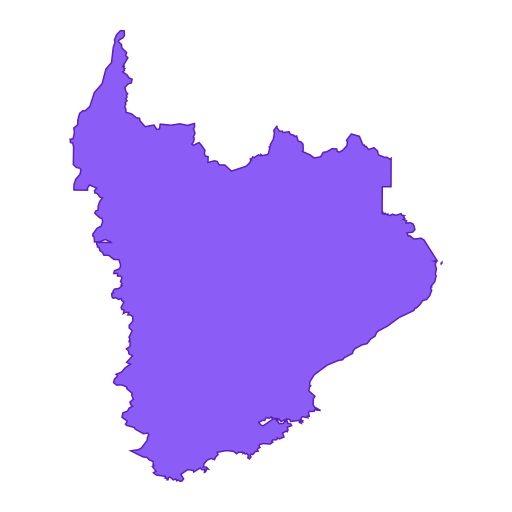 Clutha District, Otago, New Zealand
{"feature_id": "76426892B1616776897166", "entity_name": "Clutha District", "entity_type": "district", "adm_level": 2, "iso_a3": "NZL", "parent_name": "New Zealand", "parent_adm1": "Otago", "projection": "robinson", "projection_center": [169.665, -46.039], "detail": "fine", "context": "isolated", "style": "filled", "palette": "violet", "viewbox_px": 512, "rotation_deg": 0, "n_neighbors": 0, "source": "geoboundaries", "source_scale": "gbopen_adm2", "svg_char_len": 6046}
<svg xmlns="http://www.w3.org/2000/svg" viewBox="0 0 512 512"><path d="M124.2,30.8L120.4,30.7L116.6,34.7L114.5,39.9L115.0,42.5L113.3,47.1L111.5,62.6L105.9,69.1L102.1,83.7L94.3,92.6L89.9,106.4L85.4,110.7L82.8,110.7L79.6,113.4L77.8,120.1L77.8,124.7L73.8,128.0L74.4,132.7L73.1,138.7L70.1,139.3L70.5,142.5L72.8,143.2L73.6,147.2L73.3,164.6L76.4,167.5L79.5,168.1L81.0,169.5L80.0,174.4L75.9,179.0L74.0,184.2L73.9,190.0L87.6,190.2L87.4,188.2L89.5,185.0L96.7,188.0L94.5,190.6L94.9,192.9L97.3,193.6L100.1,197.2L102.4,197.9L99.7,201.5L98.2,206.0L98.1,210.0L95.6,211.1L94.7,213.1L99.8,217.9L101.9,218.3L102.7,221.8L101.1,226.1L97.0,228.3L92.9,234.0L92.7,235.8L94.1,237.0L94.5,242.0L99.4,241.8L105.3,239.5L110.8,242.0L111.2,242.5L96.7,242.4L96.7,244.5L97.7,245.6L97.3,246.8L99.4,248.0L99.7,250.5L102.3,252.3L103.9,255.2L108.7,255.3L113.8,259.4L119.0,259.7L120.5,264.7L120.4,267.1L119.0,269.0L114.4,270.7L113.7,273.5L117.6,273.5L117.5,276.1L120.5,276.1L122.1,277.4L120.5,281.5L121.8,283.4L121.1,285.0L122.1,285.4L119.2,288.3L114.3,289.2L112.9,291.6L113.5,292.8L111.7,293.5L112.0,296.9L113.1,298.2L116.2,297.7L118.4,299.5L121.4,298.6L121.8,300.6L123.9,301.9L121.1,307.4L121.8,309.5L124.3,310.1L123.3,313.5L125.7,312.2L129.0,312.5L127.8,314.9L130.1,314.9L132.8,316.7L132.7,321.3L129.2,325.3L129.2,328.0L132.2,330.7L129.0,337.2L129.8,338.7L129.1,341.6L130.1,341.4L130.0,346.6L126.4,348.8L128.5,350.9L128.9,353.8L132.5,355.8L126.6,362.4L130.6,364.1L125.4,367.6L121.4,372.2L116.0,374.3L117.3,375.2L117.2,376.4L114.5,379.1L113.5,382.5L116.6,385.1L121.7,384.9L125.9,386.6L127.0,387.4L126.8,388.7L132.2,393.3L131.7,394.9L133.3,399.2L129.9,402.1L130.7,404.6L132.6,406.3L129.2,408.0L127.5,411.1L122.9,412.8L122.0,417.3L126.9,420.9L127.1,422.1L125.4,424.1L126.8,425.5L134.2,427.4L135.2,429.1L143.5,433.7L147.6,433.1L148.9,434.8L147.4,437.4L147.1,440.5L141.3,448.1L138.4,449.7L130.8,450.8L142.8,456.8L147.3,457.6L149.1,459.8L153.2,461.6L153.1,464.6L154.0,465.4L152.3,466.4L156.0,471.2L153.4,472.8L156.5,475.1L165.3,476.3L165.9,477.7L165.2,478.0L167.6,479.0L167.2,479.8L168.0,479.8L168.6,477.5L170.3,477.2L173.2,479.9L175.8,479.0L176.7,480.8L177.8,479.9L180.0,481.3L182.0,481.0L183.6,478.8L180.8,474.4L187.8,469.6L193.1,470.4L193.7,472.0L200.2,468.0L201.8,469.6L204.8,469.9L204.4,472.3L205.6,471.8L206.7,468.9L208.3,469.1L206.3,467.1L203.4,467.0L204.0,463.8L207.2,460.1L211.0,458.5L210.4,458.2L214.5,459.7L215.7,456.9L218.0,454.8L217.2,452.3L226.4,450.6L233.5,451.3L236.5,453.7L238.7,452.2L242.9,452.3L243.0,453.5L244.1,452.7L245.1,454.0L247.0,453.6L248.4,455.6L247.8,457.8L249.5,458.9L251.0,456.9L250.3,456.0L250.7,454.1L252.9,454.5L255.3,451.5L258.1,451.2L257.4,449.8L258.1,448.3L260.0,447.5L258.9,446.0L259.6,444.5L263.1,443.6L270.3,444.0L272.8,442.1L271.7,441.3L272.6,440.0L276.8,439.7L277.3,437.9L279.5,438.9L284.0,437.0L282.5,433.1L286.2,431.1L287.3,431.7L288.0,429.8L287.3,427.1L291.6,425.7L290.9,424.1L287.8,423.2L286.9,420.6L286.1,421.5L286.0,421.2L286.4,419.8L286.3,419.4L283.2,423.5L279.5,423.7L277.0,420.9L277.9,420.9L277.8,419.9L273.6,418.6L263.3,425.7L261.2,425.3L258.7,422.3L262.7,420.3L264.7,420.5L266.1,417.6L269.4,418.3L270.8,416.9L271.8,417.1L271.8,418.1L278.7,418.7L280.9,421.5L286.8,419.0L289.9,419.5L290.5,421.5L299.1,420.4L299.8,421.2L299.4,422.5L300.8,423.0L299.9,421.9L302.2,422.0L301.6,421.4L302.8,420.8L300.5,419.6L302.3,416.6L307.9,417.8L307.3,416.2L309.3,416.2L308.5,412.7L309.2,411.5L314.1,411.3L315.3,409.0L316.3,410.0L320.6,410.5L314.5,407.0L313.1,404.8L313.4,398.8L314.9,396.3L308.9,390.9L309.3,387.4L310.7,385.8L309.7,385.2L309.8,381.8L314.3,374.7L327.2,365.1L338.2,360.5L342.5,359.8L344.4,357.6L352.4,353.5L353.3,350.6L355.4,348.4L362.1,344.8L367.2,343.6L370.6,339.0L375.2,336.0L376.4,332.8L378.4,330.9L387.6,326.0L398.9,317.6L413.8,310.5L415.1,308.1L416.2,308.1L420.1,304.4L422.6,300.6L426.5,299.5L429.6,295.9L431.7,290.3L430.8,289.0L430.8,287.3L431.7,286.9L431.0,286.3L434.7,281.8L436.2,275.9L435.3,273.7L436.5,268.8L435.2,264.9L436.0,262.2L433.8,261.2L437.2,260.9L424.0,240.0L421.0,238.2L414.0,239.1L409.7,235.6L408.2,236.0L407.0,233.0L412.7,232.1L414.9,229.7L414.2,226.4L413.1,224.0L410.4,222.7L406.0,223.1L406.6,220.8L403.3,219.3L404.8,218.6L403.5,216.4L404.4,215.7L401.8,215.2L401.1,213.7L395.7,215.3L392.4,214.2L390.1,215.5L387.6,214.8L387.8,214.1L384.7,214.2L385.0,213.4L382.6,213.8L381.9,212.7L382.9,212.1L382.1,210.9L382.3,186.7L391.0,186.7L391.1,158.2L389.7,159.1L386.5,157.1L384.9,157.5L379.0,155.1L377.9,153.7L377.6,151.1L374.0,147.7L368.5,149.5L366.2,146.4L365.0,146.7L364.4,145.1L363.0,145.1L359.4,136.3L351.3,134.0L346.5,140.3L347.5,141.8L346.8,145.9L342.6,150.4L339.1,152.2L336.9,150.8L336.8,149.0L332.3,148.6L326.8,151.8L323.3,152.3L320.5,156.9L314.1,157.9L310.4,155.0L302.5,151.5L303.2,150.2L303.0,144.1L300.9,141.8L298.1,141.1L296.7,136.0L294.5,136.5L294.1,135.4L290.1,134.1L289.1,131.7L283.0,132.6L282.4,131.1L279.6,131.3L276.8,127.6L277.2,125.8L273.7,130.5L274.4,133.3L273.2,139.6L270.3,144.6L270.6,145.7L269.2,147.0L269.8,147.5L268.5,153.3L267.3,154.6L262.2,155.6L260.9,154.4L260.7,155.7L258.3,154.9L254.2,157.6L252.8,156.9L252.5,158.0L250.3,159.0L251.3,160.1L250.5,160.3L250.2,162.1L246.3,166.2L231.4,171.1L224.8,165.0L219.2,164.9L217.1,161.4L214.2,160.8L208.0,162.5L208.1,156.6L205.2,156.0L204.4,153.6L204.9,150.2L201.2,144.9L199.0,142.5L193.6,145.2L191.9,144.2L193.7,141.4L194.2,138.1L193.3,137.2L195.0,133.4L193.6,128.9L194.6,126.8L194.5,123.5L187.3,125.4L179.9,123.8L171.2,125.2L160.2,124.1L159.5,128.9L156.8,129.5L154.0,125.0L145.1,126.7L140.0,120.8L139.5,118.2L136.3,117.8L131.7,113.9L126.0,112.3L125.8,108.8L124.6,107.0L125.9,104.1L125.2,102.4L127.1,100.8L125.7,98.9L127.0,97.1L126.5,95.0L127.7,93.8L126.0,91.9L124.9,87.4L128.0,84.0L131.3,82.9L132.1,79.2L129.2,78.0L127.0,74.9L122.8,72.0L124.5,70.4L124.1,69.0L124.8,68.5L123.4,67.3L123.9,66.8L123.1,66.3L124.0,65.8L123.4,65.3L127.9,57.8L125.6,55.6L126.6,52.5L121.8,47.9L121.5,44.5L118.5,41.7L118.7,40.3L122.9,37.8L124.5,35.5L124.2,30.8ZM441.9,262.3L441.1,263.1L441.2,263.9L441.9,263.2L441.9,262.3Z" fill="#8b5cf6" stroke="#5b21b6" stroke-width="1.5"/></svg>